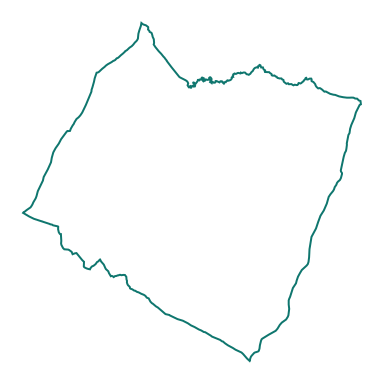 Toca, Boyacá, Colombia
{"feature_id": "7082276B782512497823", "entity_name": "Toca", "entity_type": "district", "adm_level": 2, "iso_a3": "COL", "parent_name": "Colombia", "parent_adm1": "Boyacá", "projection": "natural_earth1", "projection_center": [-73.168, 5.579], "detail": "fine", "context": "isolated", "style": "outline", "palette": "teal", "viewbox_px": 384, "rotation_deg": 0, "n_neighbors": 0, "source": "geoboundaries", "source_scale": "gbopen_adm2", "svg_char_len": 5755}
<svg xmlns="http://www.w3.org/2000/svg" viewBox="0 0 384 384"><path d="M64.3,249.3L68.2,249.6L69.1,250.0L71.6,251.8L72.6,254.2L75.0,253.3L76.5,253.1L82.3,260.2L84.0,261.8L83.8,266.4L84.0,266.9L84.7,267.5L86.5,268.4L88.4,269.0L90.0,269.3L90.4,268.3L91.6,266.8L92.2,266.3L93.5,265.8L95.6,264.1L97.0,262.1L98.4,261.3L99.8,259.6L100.1,259.5L101.1,261.5L103.8,264.6L105.3,268.0L105.9,269.1L108.3,271.3L108.9,273.0L110.8,276.2L111.5,275.9L112.0,276.0L112.8,276.3L113.7,277.1L115.0,276.1L116.2,276.0L118.0,275.3L118.7,275.3L119.4,274.9L120.2,274.8L121.3,275.2L123.5,274.9L124.9,275.0L126.3,276.8L126.5,279.4L127.0,280.9L126.9,282.5L127.5,284.3L128.0,285.2L129.7,286.8L130.1,288.4L131.0,288.9L132.3,289.3L134.2,290.6L135.1,290.7L137.2,292.0L138.5,292.3L141.3,293.8L143.8,294.8L144.9,295.5L145.7,296.2L146.7,297.6L148.7,298.4L150.4,301.6L151.9,303.2L152.8,303.7L156.1,306.5L157.7,307.4L165.5,314.1L169.4,315.0L169.8,315.4L177.5,319.1L182.8,320.7L187.9,323.3L191.0,325.4L194.5,327.0L198.9,329.5L201.3,330.5L203.8,332.0L205.2,332.2L210.9,335.7L212.0,336.6L220.1,339.9L222.0,341.3L223.3,341.7L223.6,342.1L225.0,343.3L227.9,345.3L232.9,348.0L235.5,349.7L241.5,352.5L243.2,354.1L247.1,358.6L249.7,361.0L250.0,360.5L250.1,359.0L250.8,357.0L251.5,355.9L254.2,352.9L255.3,352.3L256.0,352.2L258.0,351.5L258.5,351.2L258.9,350.5L259.5,348.6L259.9,345.3L261.0,340.8L261.6,339.3L262.4,338.6L268.7,334.7L275.7,330.8L277.5,328.7L279.8,324.9L281.8,322.6L286.1,319.5L287.8,316.8L288.4,315.3L289.2,308.9L288.7,304.5L288.7,300.4L289.2,298.8L290.1,296.8L292.9,288.0L296.0,283.3L296.7,280.5L298.0,276.7L299.9,273.2L301.8,270.0L306.6,265.6L307.8,264.1L308.5,261.9L309.1,257.3L309.5,249.2L311.5,236.9L316.0,228.5L318.2,221.9L320.5,215.7L323.8,210.5L326.8,203.6L328.7,196.9L330.4,194.3L333.1,191.0L334.0,189.4L334.7,187.2L336.4,184.7L336.9,183.1L337.9,181.7L339.9,180.0L340.9,178.1L342.0,174.0L342.0,173.1L341.0,171.5L340.8,170.4L343.7,156.8L344.8,153.0L346.0,150.8L346.4,148.7L346.9,144.9L346.8,143.3L348.4,135.0L349.5,133.1L350.1,128.9L351.3,125.0L354.3,118.1L355.9,112.4L359.6,105.0L360.9,104.3L360.5,101.0L358.8,100.4L357.2,98.7L355.0,98.5L353.6,97.7L352.1,97.6L347.2,97.7L343.1,97.2L339.1,96.4L335.2,94.9L333.4,94.7L330.1,93.8L325.8,91.5L325.1,91.5L324.7,91.7L324.3,91.6L322.0,89.5L320.3,88.3L319.7,88.1L318.2,88.4L316.7,87.1L316.1,86.3L315.6,85.5L315.3,84.3L314.6,83.4L313.4,82.0L311.7,81.2L311.5,80.9L311.6,79.3L311.2,78.6L309.7,78.6L308.1,79.4L307.2,79.5L306.4,79.2L306.4,78.1L306.2,77.8L305.9,77.9L305.4,78.4L305.3,79.1L303.7,80.6L303.5,81.3L302.4,82.0L301.3,83.1L300.4,83.5L298.8,83.0L298.5,83.2L298.1,84.3L297.4,85.0L296.9,85.1L294.7,84.7L293.5,85.3L292.6,84.9L291.5,84.1L288.8,84.2L288.1,83.3L287.4,83.4L286.6,83.8L286.1,83.6L283.9,81.8L283.7,81.5L283.5,80.2L283.4,79.9L282.1,79.4L281.6,78.6L281.2,78.4L279.8,78.5L277.5,77.9L277.2,77.6L276.6,76.7L275.8,76.6L274.5,75.5L273.0,75.7L271.9,75.4L271.7,75.2L271.7,74.5L271.4,73.9L270.2,73.2L269.2,72.2L265.0,72.0L264.8,71.5L265.2,70.6L265.1,70.3L263.8,69.6L263.5,69.1L262.9,67.4L261.2,67.5L260.4,65.3L259.6,64.9L259.3,65.1L258.8,66.2L258.1,66.3L258.0,67.6L257.6,67.6L257.0,67.2L255.2,67.8L254.4,68.4L253.5,69.5L253.0,70.7L251.2,72.4L250.4,73.7L248.8,74.8L247.8,74.4L246.6,74.2L245.2,72.7L244.8,72.5L243.5,72.5L242.0,73.1L241.6,73.1L240.8,72.6L240.3,73.4L238.3,72.9L237.7,73.0L236.0,73.9L235.5,73.9L234.6,73.5L234.2,73.7L233.4,74.3L233.6,74.5L233.1,75.6L232.7,76.1L233.1,76.9L232.2,77.1L231.7,77.5L231.9,78.0L231.8,78.5L230.8,79.8L230.3,80.1L228.5,80.7L227.7,80.3L227.3,80.4L227.0,81.0L226.5,81.2L225.8,82.1L225.3,81.9L224.9,82.1L223.9,83.6L223.0,82.8L223.1,82.3L221.9,81.3L221.5,81.7L220.4,81.3L219.5,82.4L216.7,81.1L215.8,81.0L215.5,81.2L215.5,82.1L215.0,82.6L214.1,82.7L213.2,82.6L212.8,81.9L212.3,81.6L211.8,81.8L211.6,82.9L211.1,82.4L210.5,82.4L210.1,82.1L210.5,81.5L210.3,80.4L210.7,79.9L211.2,79.9L211.6,79.1L211.3,78.4L210.4,77.3L209.8,77.3L209.2,77.8L209.0,79.5L207.7,79.9L205.7,79.4L205.5,79.5L205.5,80.1L205.3,80.5L204.7,80.6L203.5,81.4L203.2,81.2L203.1,80.9L203.6,79.4L203.8,78.3L202.4,77.6L202.0,77.6L201.6,78.1L201.9,78.8L201.8,79.7L200.1,79.4L199.8,79.5L199.4,80.3L198.2,79.8L197.9,79.9L197.6,81.1L195.6,83.8L194.9,83.7L194.2,82.7L193.4,82.5L193.2,82.8L193.6,83.6L194.1,84.1L194.3,84.9L195.1,85.7L194.9,86.4L193.7,86.6L193.3,86.5L192.9,85.9L192.3,85.8L191.7,86.4L191.2,87.7L190.9,87.7L190.7,86.6L190.6,86.2L190.3,86.0L189.7,86.5L189.4,87.3L188.8,87.3L187.6,85.3L188.2,83.3L187.3,81.5L185.7,80.3L180.0,77.4L179.3,76.9L171.5,67.2L166.8,61.0L166.8,60.7L164.8,58.2L164.5,57.6L163.6,56.8L161.2,53.8L158.7,51.2L155.4,47.1L153.7,44.5L154.1,43.0L153.8,39.2L152.6,36.7L152.5,35.9L151.7,33.2L151.3,32.7L149.8,32.0L149.5,31.7L149.4,31.0L149.2,30.7L148.1,29.6L148.0,29.3L148.2,28.6L148.2,27.2L148.0,26.9L145.9,25.3L143.1,24.4L141.4,23.0L140.9,25.8L139.3,30.5L138.4,33.7L137.9,38.7L137.1,40.2L136.3,41.2L134.9,42.5L133.2,44.7L131.7,46.2L129.5,47.7L127.0,50.1L125.2,51.2L125.2,51.4L123.0,53.5L120.8,55.3L118.8,57.2L117.6,58.1L116.7,58.3L115.2,60.0L113.7,60.8L113.4,60.8L111.6,62.1L107.7,64.3L105.9,65.6L104.7,66.8L102.2,68.8L98.9,71.9L97.8,72.5L96.6,72.7L94.7,78.3L94.0,81.7L92.4,87.4L91.6,89.7L91.4,91.7L85.9,104.9L82.2,112.6L80.3,115.4L78.6,117.3L76.5,119.0L74.7,121.9L73.5,124.4L72.8,125.2L70.8,128.7L70.0,130.9L68.6,131.1L67.4,131.0L66.5,131.9L61.1,139.2L58.8,143.6L55.5,148.3L53.3,152.4L51.8,157.7L51.0,162.3L47.8,169.4L43.7,177.0L42.9,180.6L37.8,191.2L36.5,196.2L35.7,198.3L33.3,202.4L32.4,204.5L31.3,206.3L30.5,207.4L26.6,210.1L24.4,211.9L23.7,212.1L23.1,212.9L29.2,216.5L33.9,218.8L48.6,223.6L49.8,224.0L50.2,224.3L52.0,224.6L53.0,225.3L57.9,226.4L58.2,226.7L58.1,229.3L58.8,232.3L59.7,233.7L60.1,234.1L60.9,234.1L61.3,240.9L61.1,243.5L61.4,244.9L63.0,248.0L64.3,249.3Z" fill="none" stroke="#0f766e" stroke-width="2"/></svg>